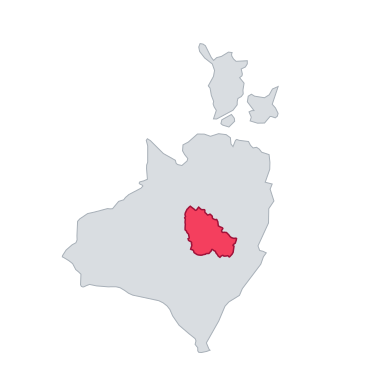 Järva on a map of Estonia (orthographic projection), rotated 114°
{"feature_id": "EST-1656", "entity_name": "Järva", "entity_type": "County", "adm_level": 1, "iso_a3": "EST", "parent_name": "Estonia", "parent_adm1": "", "projection": "orthographic", "projection_center": [25.661, 58.953], "detail": "fine", "context": "in_parent", "style": "filled", "palette": "rose", "viewbox_px": 384, "rotation_deg": 114, "n_neighbors": 0, "source": "natural_earth", "source_scale": "10m", "svg_char_len": 4364}
<svg xmlns="http://www.w3.org/2000/svg" viewBox="0 0 384 384"><g transform="rotate(114 192 192)"><path d="M304.0,284.1L302.8,284.4L296.2,283.4L288.9,280.0L285.6,277.4L282.5,277.5L278.8,279.3L265.3,284.6L262.0,283.5L254.2,278.6L250.2,273.2L241.5,262.4L240.7,259.9L239.6,257.8L230.4,255.2L226.9,251.2L224.1,250.6L219.9,248.6L209.2,240.1L206.5,239.3L205.9,240.7L206.0,242.7L205.4,243.9L204.0,243.8L201.5,240.7L198.5,237.9L189.2,243.0L185.8,244.4L182.8,244.6L167.9,251.2L163.4,254.8L161.5,254.4L162.0,250.9L168.5,233.8L169.8,220.1L172.1,218.3L172.8,216.4L171.9,212.0L165.6,209.1L163.1,209.5L160.7,214.1L158.2,217.4L152.6,219.4L147.9,215.7L136.8,210.6L134.1,204.2L133.6,197.8L127.9,191.4L125.7,184.1L126.8,179.0L132.3,175.9L133.9,173.0L127.1,173.3L125.8,172.5L125.6,169.9L122.9,160.9L125.6,157.5L126.9,154.1L124.9,151.2L125.5,147.9L127.3,144.6L126.5,136.8L133.2,132.9L139.7,130.2L153.3,129.1L152.1,122.0L157.6,121.8L166.9,113.5L176.0,115.1L189.2,109.5L214.4,109.8L217.9,106.4L217.3,103.0L217.4,99.4L222.1,100.4L230.0,99.8L259.8,106.7L267.1,106.6L277.4,113.6L282.9,115.4L299.0,115.1L324.0,117.5L328.7,112.5L329.2,111.2L331.7,113.8L334.8,118.1L335.7,120.6L334.8,122.1L331.8,123.5L331.2,124.9L329.9,127.2L326.4,127.8L324.7,129.5L322.7,137.1L319.0,149.6L313.1,159.2L308.3,164.5L306.2,168.5L305.0,173.3L304.8,178.1L310.3,204.1L310.3,208.8L309.3,213.7L308.7,218.7L309.5,223.0L312.8,230.2L316.6,241.0L318.1,248.0L320.5,250.4L322.7,252.3L323.2,253.4L323.2,254.7L322.1,256.1L312.3,260.0L311.1,263.2L310.2,266.6L306.0,271.9L304.8,276.7L304.1,282.2L304.0,284.1ZM84.8,185.8L87.9,188.1L90.9,187.5L94.0,186.2L100.6,187.8L115.2,199.1L116.5,202.1L107.5,203.0L105.3,206.3L103.0,208.5L100.4,209.1L95.9,213.6L89.8,217.7L88.4,220.3L77.7,219.4L71.8,220.8L66.8,225.5L64.4,235.0L60.5,242.2L56.8,244.8L53.1,245.0L52.4,242.1L52.9,239.3L61.2,229.2L63.0,225.8L59.2,224.1L56.2,220.3L49.4,215.6L48.3,212.1L50.0,211.9L51.6,211.0L53.6,208.2L54.7,204.9L49.6,194.9L52.5,193.6L56.1,194.1L59.6,197.1L63.7,194.0L65.5,193.6L68.2,195.0L71.4,188.7L78.2,186.9L81.6,185.1L84.8,185.8ZM99.5,168.3L95.6,172.5L93.5,170.7L92.4,168.5L87.1,178.1L81.6,179.6L78.5,177.5L79.0,173.8L76.4,164.1L71.8,161.0L65.2,160.4L60.6,156.2L79.2,154.4L81.3,149.9L85.2,145.3L88.1,144.9L90.4,146.1L90.7,149.9L91.2,151.4L99.5,153.8L102.5,160.2L103.4,167.8L99.5,168.3ZM117.8,193.4L113.9,194.1L105.1,187.5L107.4,183.4L110.0,181.8L117.6,184.7L118.4,191.2L117.8,193.4Z" fill="#d9dde1" stroke="#a8b0b8" stroke-width="1"/><path d="M229.4,182.9L227.4,183.8L224.1,185.0L223.1,185.7L222.3,186.1L219.4,187.1L218.6,188.2L217.2,187.9L215.5,189.2L213.9,189.6L209.8,189.5L208.9,189.0L207.8,188.8L205.7,187.8L206.5,184.5L206.7,183.4L206.9,182.8L207.1,182.3L207.3,181.8L207.3,181.3L206.9,180.8L206.1,180.4L204.7,180.2L203.1,179.7L204.0,177.3L204.2,176.6L204.0,175.5L203.3,174.0L203.1,173.5L203.3,173.0L203.9,172.6L205.0,172.2L205.3,171.9L205.6,171.4L205.9,170.2L206.3,169.5L206.7,168.4L205.9,167.3L205.2,166.9L205.0,166.5L204.9,166.2L205.8,163.8L206.6,163.2L207.0,163.1L207.5,162.7L207.8,162.2L207.9,161.2L207.9,160.4L207.8,159.4L207.5,159.0L207.2,158.7L207.1,158.2L208.7,156.3L212.2,154.2L212.4,152.1L212.3,150.2L212.4,149.5L212.8,149.0L213.9,149.0L214.6,149.3L215.3,149.3L215.8,149.0L216.1,148.5L216.4,148.1L216.4,147.2L215.9,146.6L215.7,146.3L215.0,144.0L216.2,140.9L217.1,139.4L217.5,138.1L217.6,137.0L217.4,135.2L216.9,134.1L216.4,133.3L216.3,132.8L216.4,132.4L218.0,132.0L221.1,131.7L222.9,132.7L223.6,132.9L224.0,132.9L224.3,132.7L224.4,131.6L230.3,129.9L232.6,130.1L236.0,131.3L236.2,131.6L236.0,132.3L235.7,133.0L235.7,133.5L235.8,133.8L236.0,134.1L236.3,134.3L237.1,135.7L237.6,136.7L237.3,137.7L237.5,138.4L238.6,139.3L240.3,139.9L239.9,141.9L238.7,143.6L238.2,144.9L236.7,146.6L236.6,148.2L236.2,149.9L236.3,150.4L236.7,150.6L238.0,150.5L238.6,150.6L239.7,151.1L240.7,151.3L241.3,151.6L242.5,154.0L243.4,154.4L244.7,156.3L245.6,157.2L246.2,158.4L246.8,160.1L247.0,161.1L247.1,161.9L247.0,162.6L246.9,163.3L246.7,164.5L246.5,165.5L245.3,166.5L245.1,166.7L244.9,167.2L244.7,167.7L244.6,168.2L244.9,169.3L244.8,170.0L241.9,170.3L241.0,170.4L240.5,170.6L240.0,170.9L239.7,171.4L238.5,171.7L238.0,172.3L237.8,173.2L237.8,174.1L237.7,174.9L237.6,175.5L236.3,176.6L235.4,175.9L234.5,176.1L233.1,177.3L232.7,177.5L232.1,177.9L231.8,178.3L231.4,179.4L231.0,180.1L229.7,181.6L229.4,182.9Z" fill="#f43f5e" stroke="#9f1239" stroke-width="1.5"/></g></svg>